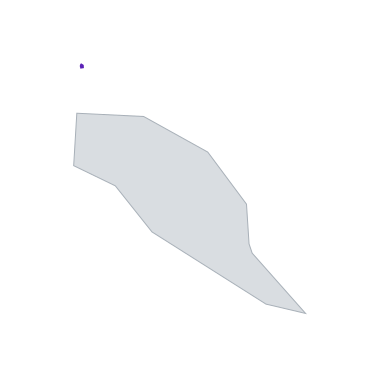 Dngronger, Palau (highlighted), rotated 113°
{"feature_id": "81905179B16593070408987", "entity_name": "Dngronger", "entity_type": "district", "adm_level": 2, "iso_a3": "PLW", "parent_name": "Palau", "parent_adm1": "", "projection": "mercator", "projection_center": [134.479, 7.344], "detail": "fine", "context": "in_parent", "style": "filled", "palette": "violet", "viewbox_px": 384, "rotation_deg": 113, "n_neighbors": 0, "source": "geoboundaries", "source_scale": "gbopen_adm2", "svg_char_len": 1085}
<svg xmlns="http://www.w3.org/2000/svg" viewBox="0 0 384 384"><g transform="rotate(113 192 192)"><path d="M214.0,311.2L164.5,328.8L141.4,266.0L149.1,193.1L181.9,137.1L217.5,119.2L224.8,112.7L259.4,40.0L266.3,80.1L244.4,213.2L216.3,265.0L214.0,311.2Z" fill="#d9dde1" stroke="#a8b0b8" stroke-width="1"/><path d="M120.1,341.2L119.9,341.1L119.7,341.2L119.9,341.4L119.6,341.3L119.6,341.2L119.4,341.3L119.7,341.7L119.8,341.8L119.7,341.9L119.4,341.6L119.1,341.5L119.1,341.3L118.9,341.4L118.8,341.5L118.8,341.8L118.9,342.1L118.7,342.0L118.7,341.8L118.4,341.6L118.2,341.7L118.0,341.9L118.0,342.1L118.0,342.4L118.0,342.5L117.9,342.6L118.0,342.8L117.9,342.9L117.9,343.2L117.8,343.4L117.8,343.5L117.7,343.9L118.0,344.0L118.7,344.0L118.9,344.0L119.0,344.0L119.2,343.9L119.6,343.8L119.8,343.7L120.1,343.5L120.4,343.3L120.6,343.1L120.8,342.9L121.1,342.7L120.8,342.3L120.6,342.0L120.4,341.8L120.4,341.6L120.2,341.3L120.1,341.2ZM119.5,341.1L119.4,341.1L119.5,341.1L119.5,341.1ZM119.8,341.0L119.8,340.9L119.7,340.9L119.6,341.0L119.8,341.0Z" fill="#8b5cf6" stroke="#5b21b6" stroke-width="1.5"/></g></svg>